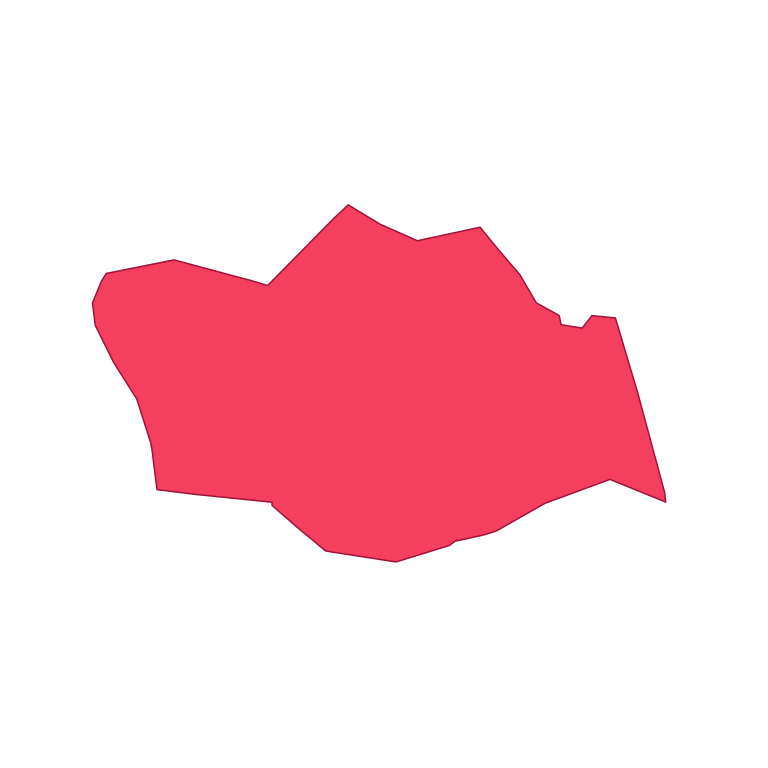 outline of Oguzhan, Mary, Turkmenistan, rotated 195°
{"feature_id": "10190150B14895102239013", "entity_name": "Oguzhan", "entity_type": "district", "adm_level": 2, "iso_a3": "TKM", "parent_name": "Turkmenistan", "parent_adm1": "Mary", "projection": "natural_earth1", "projection_center": [61.298, 37.395], "detail": "fine", "context": "isolated", "style": "filled", "palette": "rose", "viewbox_px": 768, "rotation_deg": 195, "n_neighbors": 0, "source": "geoboundaries", "source_scale": "gbopen_adm2", "svg_char_len": 912}
<svg xmlns="http://www.w3.org/2000/svg" viewBox="0 0 768 768"><g transform="rotate(195 384 384)"><path d="M84.8,351.8L136.8,441.4L177.6,507.7L200.8,503.9L204.1,496.2L207.2,489.2L207.8,489.2L227.6,487.2L228.3,487.1L232.1,494.7L232.5,495.5L257.9,501.8L258.8,502.7L281.1,524.8L300.3,537.9L308.5,543.6L312.1,546.1L331.8,560.3L332.4,560.0L356.0,547.9L375.5,537.9L388.8,531.0L389.3,531.1L429.0,537.3L447.6,542.7L464.6,547.7L464.9,547.8L475.0,531.6L521.9,449.0L538.3,449.5L619.1,449.5L680.9,418.9L683.5,410.3L686.3,389.0L686.6,386.9L678.1,366.0L669.2,355.9L663.8,349.7L650.6,334.7L618.9,305.5L599.5,275.2L593.6,265.9L592.4,262.9L592.1,262.9L575.9,223.2L536.6,228.7L461.5,240.8L460.8,237.8L432.5,223.9L397.3,207.7L391.7,208.1L326.4,215.2L279.0,245.0L273.3,252.2L272.8,251.4L248.1,264.3L238.1,270.6L237.3,271.3L197.5,310.5L141.1,350.3L81.4,342.9L84.8,351.8Z" fill="#f43f5e" stroke="#9f1239" stroke-width="1.5"/></g></svg>